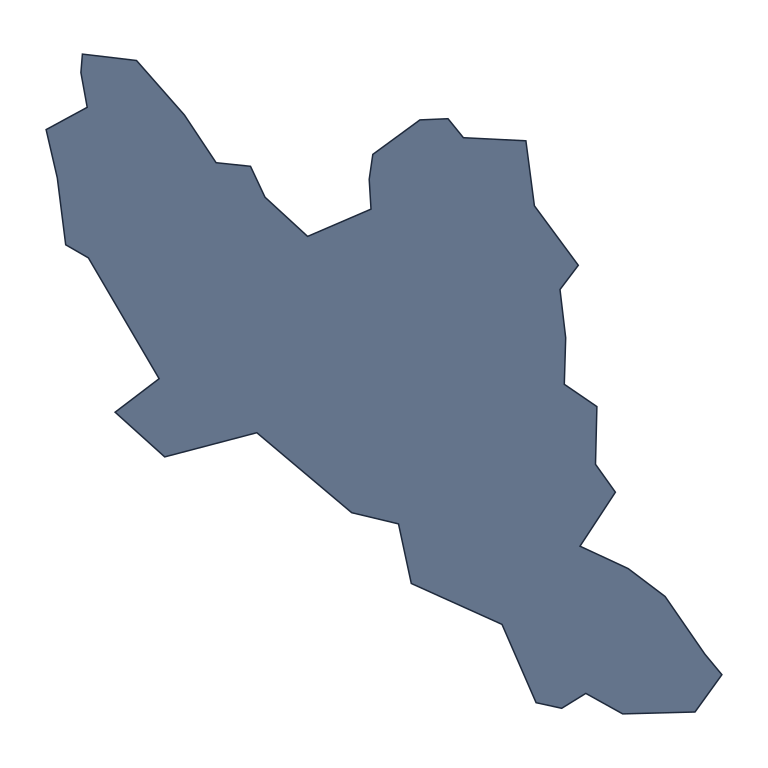 the district of Përmet, Gjirokastër, Albania
{"feature_id": "67620474B23103740146981", "entity_name": "Përmet", "entity_type": "district", "adm_level": 2, "iso_a3": "ALB", "parent_name": "Albania", "parent_adm1": "Gjirokastër", "projection": "equal_earth", "projection_center": [20.353, 40.273], "detail": "fine", "context": "isolated", "style": "filled", "palette": "slate", "viewbox_px": 768, "rotation_deg": 0, "n_neighbors": 0, "source": "geoboundaries", "source_scale": "gbopen_adm2", "svg_char_len": 684}
<svg xmlns="http://www.w3.org/2000/svg" viewBox="0 0 768 768"><path d="M80.9,72.6L87.2,107.3L46.1,129.6L57.3,177.9L65.7,244.8L88.4,257.9L159.1,378.7L115.1,412.2L164.7,456.9L256.8,432.7L351.7,512.7L398.5,523.9L411.3,583.5L502.0,624.4L536.1,702.7L561.7,708.3L585.8,693.4L622.7,713.9L695.0,712.0L721.9,674.7L704.9,654.2L665.1,596.5L628.2,568.6L580.0,546.2L615.4,492.2L595.5,464.3L596.9,406.6L564.3,384.3L565.7,337.8L560.0,289.5L578.3,265.3L534.4,205.8L525.9,140.8L463.4,137.7L448.0,118.7L419.9,119.9L372.8,154.4L369.2,179.3L371.0,209.1L307.6,236.4L265.0,197.2L250.5,166.3L216.1,162.7L184.5,115.1L136.5,60.5L82.4,54.1L80.9,72.6Z" fill="#64748b" stroke="#1e293b" stroke-width="1.5"/></svg>